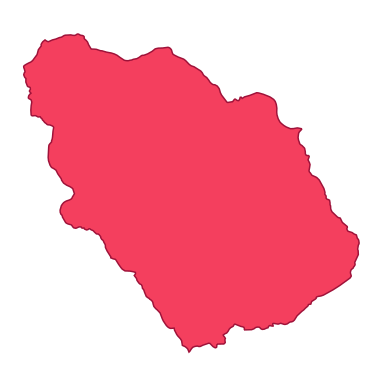 the district of Quelicai, Baucau, East Timor, rotated 269°
{"feature_id": "22284137B85640858688348", "entity_name": "Quelicai", "entity_type": "district", "adm_level": 2, "iso_a3": "TLS", "parent_name": "East Timor", "parent_adm1": "Baucau", "projection": "albers", "projection_center": [126.562, -8.598], "detail": "fine", "context": "isolated", "style": "filled", "palette": "rose", "viewbox_px": 384, "rotation_deg": 269, "n_neighbors": 0, "source": "geoboundaries", "source_scale": "gbopen_adm2", "svg_char_len": 5879}
<svg xmlns="http://www.w3.org/2000/svg" viewBox="0 0 384 384"><g transform="rotate(269 192 192)"><path d="M346.6,47.7L344.9,45.5L343.3,44.3L342.1,43.7L340.7,43.8L337.0,40.9L332.1,39.5L326.0,34.8L325.3,33.7L324.8,33.2L324.4,32.5L324.3,31.9L322.7,28.7L321.3,26.4L320.5,25.9L319.1,26.0L318.3,26.4L315.4,27.1L314.8,27.0L313.9,26.3L312.1,25.8L309.9,26.6L309.1,27.1L308.5,27.9L304.8,27.8L300.7,29.3L300.1,30.0L299.6,31.6L299.1,32.1L297.4,32.2L296.2,31.3L295.3,31.3L294.7,31.8L294.2,32.4L293.5,32.7L292.8,31.7L291.2,30.5L289.9,30.1L288.9,30.0L288.1,30.7L287.4,32.1L286.8,32.8L285.0,33.3L284.3,33.3L281.1,32.7L276.7,32.3L271.9,32.5L271.2,33.0L270.9,34.0L271.1,35.7L271.0,37.2L269.8,39.2L269.7,40.0L269.9,41.5L268.5,42.4L268.1,43.1L266.6,43.8L266.0,44.5L264.1,45.9L262.8,47.6L262.1,48.2L261.7,49.1L261.5,51.1L261.2,51.9L260.3,53.8L259.5,54.6L258.9,54.8L255.2,54.1L249.4,53.5L247.2,53.1L245.8,52.5L244.4,52.4L243.0,51.0L241.4,49.8L239.4,49.5L229.1,48.8L225.7,49.1L221.4,50.5L219.7,51.5L218.9,52.2L217.6,54.5L216.2,56.4L212.4,58.2L207.5,61.5L206.1,61.8L203.1,63.8L201.0,66.8L199.4,70.2L198.0,72.2L197.3,72.9L192.3,74.4L189.0,72.3L187.8,71.8L187.1,71.1L186.2,69.4L185.2,66.2L184.4,64.7L183.6,63.5L182.0,62.1L180.5,61.1L176.2,59.8L173.9,59.9L172.0,60.6L171.3,61.4L170.0,62.0L169.3,62.0L163.7,65.1L163.0,65.9L162.2,67.5L161.3,70.6L160.8,71.2L159.3,72.1L158.2,73.2L157.8,75.0L157.9,75.7L158.9,78.0L159.1,78.9L159.0,80.5L158.1,81.0L157.8,81.7L157.9,83.4L157.1,83.7L156.6,84.3L155.9,86.0L156.2,87.3L156.9,88.1L157.1,88.9L155.9,90.6L155.2,92.3L154.7,92.9L153.7,93.7L151.8,95.7L151.5,97.7L151.0,98.3L149.1,99.8L147.8,100.0L146.1,101.0L145.6,101.8L144.5,102.6L143.3,103.0L140.7,104.4L138.0,104.5L134.3,106.2L128.5,109.7L127.6,109.6L126.6,111.9L126.0,114.2L125.3,114.8L120.9,117.4L117.7,119.6L116.1,120.9L114.3,123.6L114.0,128.5L113.3,131.9L112.6,134.0L111.5,134.1L110.7,133.8L109.5,132.8L106.5,135.0L104.5,135.5L101.9,137.3L101.0,138.2L100.3,139.6L99.6,140.1L98.5,140.5L96.5,140.8L95.4,141.8L94.6,142.2L92.6,142.8L88.3,144.5L86.7,146.6L86.4,147.3L85.7,147.7L85.0,148.8L83.4,150.4L82.0,151.0L81.0,151.1L78.2,151.9L76.0,153.7L74.7,155.2L71.6,158.0L65.7,160.1L63.5,161.1L59.0,164.0L57.5,165.4L56.4,167.0L56.0,168.3L56.2,171.8L54.2,172.1L49.9,174.2L48.4,175.2L45.5,177.8L43.5,179.0L38.8,179.7L37.4,182.6L36.2,184.0L35.1,185.0L32.0,186.2L32.7,187.0L35.0,188.5L36.7,190.0L37.5,192.0L37.9,194.5L37.4,196.1L37.4,197.1L37.5,197.8L38.6,200.1L40.5,206.0L40.3,207.3L37.1,210.3L36.2,211.7L35.8,212.6L36.2,213.8L37.5,214.1L38.6,214.1L39.5,215.0L39.5,221.0L39.9,221.8L40.9,222.6L43.8,222.3L44.9,222.8L46.0,222.3L47.8,220.9L48.5,220.7L49.6,222.3L50.4,224.2L52.2,225.7L54.2,226.8L55.6,228.2L57.0,230.8L58.5,231.7L59.0,232.1L59.1,232.8L56.7,238.6L56.4,240.2L55.7,241.6L54.6,242.0L53.8,241.9L53.2,242.2L53.3,249.2L54.1,251.5L55.4,253.3L55.8,254.9L55.7,256.7L55.1,257.6L54.2,258.3L53.5,259.5L53.4,260.1L53.6,261.9L54.6,264.2L54.9,265.6L56.3,266.2L57.1,267.3L56.5,270.0L56.6,270.8L57.4,270.7L58.2,270.3L59.0,270.5L59.2,271.4L58.4,275.8L59.2,278.4L58.0,282.0L58.0,283.0L58.5,285.0L59.9,287.0L60.4,288.1L60.4,289.0L60.8,290.5L62.1,292.1L66.4,294.9L70.9,299.9L72.1,301.6L74.0,303.5L75.4,305.2L76.3,306.1L77.4,306.4L77.6,307.0L77.8,308.8L78.9,309.2L79.9,309.5L80.5,309.8L82.7,313.4L83.5,314.3L84.2,314.3L84.8,314.7L85.4,316.2L85.8,319.1L86.6,321.6L91.8,331.4L96.0,338.2L103.3,348.6L105.0,349.7L105.6,349.7L108.2,349.0L109.2,349.0L110.9,349.5L111.7,350.0L113.1,351.8L114.4,352.4L114.9,352.9L116.2,353.7L117.1,353.8L118.1,353.5L119.0,353.6L126.5,357.2L130.4,357.1L132.0,356.6L136.1,357.4L136.9,357.9L138.0,358.2L140.5,357.9L141.7,357.5L142.8,356.5L146.2,355.6L147.1,353.5L148.7,351.3L149.9,347.7L150.3,347.1L151.8,346.3L152.8,346.2L153.7,346.7L154.8,346.6L158.7,342.1L159.5,341.5L163.3,339.8L163.9,337.8L164.4,337.0L169.8,331.6L171.8,330.7L172.9,330.4L175.8,330.3L176.8,329.8L178.9,329.8L181.3,329.4L182.0,328.4L182.2,327.5L182.6,326.7L183.5,326.0L185.5,326.0L186.3,325.7L187.0,325.0L187.7,324.7L188.8,325.0L190.4,324.7L193.3,323.9L201.8,319.4L204.0,317.3L204.7,316.3L206.6,312.2L208.9,310.7L210.2,309.6L211.5,309.4L213.8,309.9L217.3,310.5L219.1,310.0L222.1,308.6L225.3,309.8L226.1,309.5L226.5,308.8L226.4,307.8L226.8,306.8L228.2,306.0L230.2,306.0L233.6,305.4L234.2,305.0L236.4,302.9L237.3,301.6L238.5,300.4L239.4,300.3L242.0,299.4L244.7,299.0L248.7,299.6L249.5,299.9L250.5,300.6L252.7,302.7L253.4,302.5L254.2,298.9L254.2,298.1L253.6,294.3L253.6,291.5L255.3,287.5L256.8,285.1L259.0,282.5L260.5,281.1L263.8,279.4L267.8,278.3L270.3,278.1L274.3,278.3L278.1,277.8L281.1,276.8L283.1,275.3L284.9,272.8L285.8,271.4L287.1,268.3L288.4,265.2L289.7,261.0L290.0,259.6L290.1,258.3L287.5,251.2L286.2,246.2L284.7,243.8L286.0,242.7L285.8,241.8L284.0,241.3L282.7,240.4L282.5,239.8L282.9,238.5L284.1,237.0L284.1,236.3L283.4,235.6L281.6,234.2L280.9,229.3L281.2,228.5L288.3,223.3L290.8,222.1L294.5,221.1L295.6,220.5L297.5,219.1L298.8,216.8L299.0,215.1L299.3,214.4L300.5,212.9L301.7,211.8L303.5,210.7L306.2,208.7L307.8,206.4L308.9,205.4L311.1,204.3L312.8,202.9L317.2,196.2L318.1,193.6L318.6,192.8L319.8,191.3L323.5,187.9L325.0,186.0L326.7,181.8L327.0,180.9L329.2,176.7L330.2,175.3L331.6,174.7L334.3,174.0L335.4,173.3L336.2,172.5L336.8,171.5L337.1,170.5L336.5,165.3L336.4,160.7L336.0,158.7L335.7,157.6L333.4,154.7L330.9,150.1L329.6,146.4L329.5,144.6L329.2,143.8L327.6,141.6L326.3,139.2L325.7,135.6L325.0,133.9L324.8,132.2L324.4,130.7L324.4,129.3L324.7,127.3L325.1,126.3L328.0,122.1L330.0,119.5L331.4,116.7L332.4,113.7L333.3,109.1L334.7,104.6L334.9,102.8L336.3,99.0L336.5,97.3L336.7,94.1L337.0,93.5L341.0,91.2L343.7,90.2L345.6,88.7L346.4,87.7L347.4,86.9L349.1,86.9L349.9,86.3L350.4,85.1L350.7,83.3L351.7,81.6L352.0,80.7L351.8,79.8L350.8,78.2L350.6,77.0L350.8,75.2L351.2,73.6L351.0,68.1L350.7,66.9L349.1,64.2L348.7,62.1L347.3,58.5L346.5,55.1L344.8,51.1L345.0,50.2L345.6,49.0L346.6,47.7Z" fill="#f43f5e" stroke="#9f1239" stroke-width="1.5"/></g></svg>